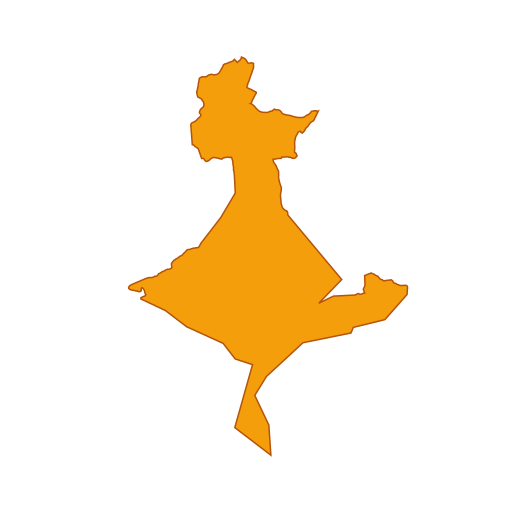 Santa María Alotepec, Oaxaca, Mexico, rotated 159°
{"feature_id": "50627088B19376593923850", "entity_name": "Santa María Alotepec", "entity_type": "district", "adm_level": 2, "iso_a3": "MEX", "parent_name": "Mexico", "parent_adm1": "Oaxaca", "projection": "orthographic", "projection_center": [-95.857, 17.081], "detail": "fine", "context": "isolated", "style": "filled", "palette": "amber", "viewbox_px": 512, "rotation_deg": 159, "n_neighbors": 0, "source": "geoboundaries", "source_scale": "gbopen_adm2", "svg_char_len": 6169}
<svg xmlns="http://www.w3.org/2000/svg" viewBox="0 0 512 512"><g transform="rotate(159 256 256)"><path d="M190.7,432.9L189.3,436.8L191.2,438.1L192.7,438.3L194.1,438.8L194.4,439.2L194.6,439.9L194.7,441.0L195.0,442.4L195.2,443.4L195.8,444.2L196.4,445.2L197.0,445.6L198.3,446.9L198.6,446.4L199.3,445.6L200.0,445.0L201.6,444.3L202.8,444.0L204.1,443.4L204.5,444.5L204.8,445.4L205.3,446.0L205.6,447.3L207.1,446.7L208.0,446.2L211.7,446.4L214.8,446.2L216.4,446.5L218.0,446.1L219.2,444.6L221.2,443.1L224.4,440.4L226.9,439.5L230.1,440.0L232.7,441.7L235.7,441.9L238.3,441.2L242.6,442.7L245.2,442.2L247.0,439.2L248.1,437.6L249.0,435.5L250.7,433.1L251.7,431.3L252.4,430.9L252.7,430.1L253.2,427.4L253.4,425.5L250.7,422.2L250.4,420.5L249.9,419.0L250.1,416.8L250.6,415.5L250.9,415.0L251.2,414.5L251.7,414.2L252.3,413.9L253.4,413.6L255.1,412.8L255.8,412.2L256.6,411.5L257.2,410.6L257.5,409.8L257.3,409.0L257.0,408.6L256.9,408.0L256.9,407.5L257.1,407.1L257.7,406.5L259.2,405.7L261.1,405.1L262.0,404.5L262.8,404.2L265.2,403.4L268.2,403.3L269.8,402.1L275.6,382.7L274.8,382.2L274.3,381.7L274.0,381.0L273.8,380.2L273.1,379.3L272.7,378.7L272.0,377.7L271.5,376.9L271.8,366.5L270.3,366.1L269.8,365.5L269.7,364.5L269.3,363.2L268.8,362.2L267.9,361.9L266.9,361.9L265.5,362.1L264.5,362.4L263.6,362.9L262.2,363.2L260.3,363.2L258.2,362.0L257.4,361.5L256.2,360.8L254.8,359.6L253.2,358.7L251.9,359.1L250.7,359.2L249.5,358.9L247.9,358.7L246.8,358.4L245.7,357.7L244.7,357.1L243.9,357.2L243.5,356.6L243.5,355.2L243.7,354.7L243.7,353.3L243.9,351.9L244.3,351.1L244.6,349.8L244.9,348.4L245.2,347.0L245.5,346.0L245.9,345.2L246.3,343.8L246.5,341.5L247.0,340.3L247.0,339.9L252.8,322.2L275.0,304.6L302.6,287.8L305.5,285.4L306.5,284.7L307.5,284.7L309.4,285.3L310.8,285.3L311.4,285.8L312.7,285.8L314.1,285.9L315.8,285.9L316.9,286.4L318.0,286.4L318.8,286.2L319.6,285.7L320.7,285.1L322.3,284.5L323.4,284.0L324.5,283.3L326.4,283.0L327.5,283.0L328.6,282.5L329.4,282.2L330.1,282.1L331.7,282.0L332.8,281.5L333.8,281.5L334.8,280.9L336.0,280.5L337.8,279.0L338.6,275.8L339.1,275.0L340.8,274.9L341.7,274.6L342.4,274.9L343.3,275.4L343.8,275.3L345.3,275.3L346.0,275.2L347.6,274.8L349.1,275.1L349.4,274.8L350.8,274.6L351.9,274.3L353.2,274.4L354.9,273.1L355.9,272.8L357.7,273.4L359.2,273.1L360.6,273.1L361.7,273.5L362.6,273.9L363.6,274.2L366.1,274.5L382.2,273.9L383.2,273.8L383.8,273.6L384.6,273.5L385.4,273.0L386.0,272.5L386.3,272.0L386.4,271.4L386.3,270.9L385.9,270.1L385.6,269.9L384.9,269.2L384.4,268.9L383.5,268.3L382.9,267.9L382.4,267.7L381.8,267.2L381.0,266.7L380.1,266.1L379.3,265.8L378.9,265.2L378.4,264.8L377.8,264.5L377.1,264.4L376.4,264.3L375.8,264.6L375.4,265.0L375.0,266.4L374.6,267.0L373.9,267.3L373.4,267.0L373.3,266.5L372.9,265.9L372.7,265.0L372.6,263.4L373.0,260.6L372.7,259.4L373.3,258.8L374.7,258.4L376.0,258.6L376.9,258.5L377.8,258.3L378.5,258.2L378.9,257.2L360.1,237.5L346.1,214.8L318.0,186.2L312.3,167.3L298.2,155.8L337.3,103.4L313.5,64.7L304.6,93.6L307.1,126.3L289.4,139.8L243.2,158.2L194.9,150.1L190.7,154.5L158.5,150.4L128.8,165.9L127.7,168.3L127.3,169.1L127.0,170.1L126.2,171.4L125.6,173.0L125.7,174.0L126.2,174.7L127.3,175.2L128.7,175.7L129.7,175.9L130.5,176.3L131.4,176.5L132.6,177.3L133.2,178.0L133.6,178.3L134.7,179.2L135.4,180.3L136.1,180.9L136.6,181.2L137.1,181.7L137.3,182.2L137.2,183.4L137.5,184.1L137.9,184.6L138.1,185.1L139.0,185.6L139.6,185.5L141.1,186.0L143.2,186.5L145.6,187.0L146.1,187.5L146.5,188.4L147.1,188.9L147.6,189.2L148.1,189.7L148.6,190.6L148.9,191.5L149.2,192.4L149.5,193.5L150.2,194.0L150.9,194.8L151.5,195.3L151.9,196.2L152.5,196.9L153.7,197.8L154.5,198.9L161.6,198.8L164.6,190.0L165.1,189.1L166.0,188.1L167.0,187.4L167.8,186.4L167.8,185.2L167.8,182.4L168.4,182.7L171.8,182.7L172.6,182.9L173.2,183.4L173.5,184.1L174.9,184.4L175.9,184.3L176.5,184.1L177.6,184.1L198.1,190.8L214.3,189.4L184.4,203.3L211.6,282.8L210.9,285.0L210.9,286.4L211.6,287.6L212.3,288.1L213.0,289.3L213.6,290.4L214.0,292.0L213.9,293.2L213.8,294.9L213.6,296.3L213.1,298.1L212.4,300.4L211.8,302.8L211.4,303.8L211.0,304.9L209.9,306.7L209.1,307.8L208.7,309.0L207.8,310.7L207.8,312.6L207.6,316.7L207.3,317.9L207.3,319.2L206.9,320.4L206.7,321.6L205.9,323.2L205.4,324.8L204.7,326.5L204.6,327.6L204.8,329.2L204.9,331.1L204.8,333.0L205.7,336.2L205.9,338.2L205.4,340.2L204.5,340.0L203.2,339.5L201.7,339.4L200.8,339.2L199.2,338.7L198.5,338.4L197.6,338.2L197.1,338.3L196.7,339.0L195.9,338.9L194.8,338.5L193.0,337.9L190.6,337.1L189.8,336.2L188.7,336.0L188.0,335.2L187.4,335.0L187.2,334.3L186.1,333.7L185.5,333.5L184.5,333.5L183.7,333.6L183.2,334.1L181.8,334.7L181.8,336.7L181.9,337.8L182.8,338.9L182.0,341.2L181.4,342.2L180.6,344.3L180.0,346.2L178.7,349.4L177.6,351.0L176.4,352.9L175.1,354.0L173.2,355.5L172.2,356.6L170.2,356.7L170.0,356.0L168.9,354.2L168.1,354.4L167.6,354.6L166.8,355.1L165.8,355.4L165.0,356.3L163.9,357.2L162.6,358.0L161.7,358.1L159.6,359.5L158.4,360.4L157.8,360.8L156.5,361.2L155.2,361.4L153.7,361.8L152.8,362.4L152.1,363.0L151.6,363.8L150.6,364.6L149.6,365.4L148.5,366.6L147.6,367.5L146.9,368.0L145.9,369.0L147.0,368.9L147.0,369.3L147.7,369.9L148.5,370.3L149.7,370.7L150.7,370.8L152.0,371.2L152.7,371.0L153.7,370.2L155.1,369.8L155.8,369.4L156.9,369.2L158.2,369.3L160.3,368.6L161.3,368.6L162.5,368.5L164.3,369.1L168.0,370.7L171.0,372.7L171.6,373.2L172.3,373.8L173.1,374.4L174.3,375.3L176.6,376.6L177.6,377.1L178.7,378.2L179.7,378.7L180.2,379.5L180.7,380.6L180.9,381.8L181.4,383.0L182.3,384.1L183.1,384.6L184.6,385.1L186.3,386.6L186.8,386.3L187.3,386.0L188.3,386.0L189.2,385.5L190.1,385.7L190.8,386.1L192.3,385.8L194.4,386.1L195.1,386.4L198.8,388.0L200.0,389.1L200.9,389.8L201.9,391.5L202.2,392.2L203.4,394.9L203.6,396.0L204.1,397.0L204.5,397.7L205.6,399.6L206.6,400.3L206.0,400.4L205.8,400.5L205.3,400.8L204.7,401.5L204.5,401.8L203.7,402.4L203.3,402.9L202.8,403.4L200.8,405.1L200.4,405.5L199.8,406.0L199.3,406.6L198.5,407.2L197.7,407.7L197.4,407.9L197.2,408.2L197.1,408.6L197.3,409.2L197.5,409.5L198.1,409.9L198.7,410.7L199.7,411.8L200.3,412.5L201.0,413.4L201.9,414.1L202.6,414.8L203.7,416.1L204.0,416.6L203.9,417.0L203.5,417.8L203.2,418.2L202.4,418.9L202.1,419.4L202.1,419.9L201.2,420.5L199.6,422.2L197.4,425.0L194.3,428.5L190.7,432.9Z" fill="#f59e0b" stroke="#b45309" stroke-width="1.5"/></g></svg>